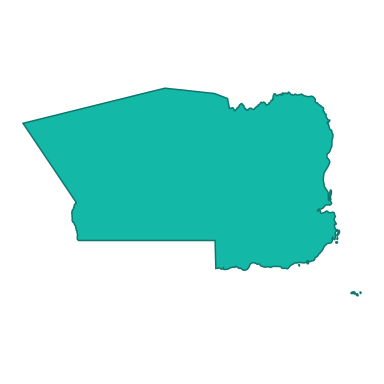 Finschafen District, Morobe, Papua New Guinea (Robinson projection)
{"feature_id": "67681753B17639415447373", "entity_name": "Finschafen District", "entity_type": "district", "adm_level": 2, "iso_a3": "PNG", "parent_name": "Papua New Guinea", "parent_adm1": "Morobe", "projection": "robinson", "projection_center": [147.737, -6.551], "detail": "fine", "context": "isolated", "style": "filled", "palette": "teal", "viewbox_px": 384, "rotation_deg": 0, "n_neighbors": 0, "source": "geoboundaries", "source_scale": "gbopen_adm2", "svg_char_len": 5782}
<svg xmlns="http://www.w3.org/2000/svg" viewBox="0 0 384 384"><path d="M312.8,96.5L311.3,96.2L310.3,96.3L309.2,96.6L308.9,96.9L307.9,96.5L306.9,96.4L306.0,96.3L305.2,95.9L304.1,95.8L302.3,94.5L301.4,94.0L300.7,94.6L299.7,94.6L298.9,94.6L297.9,95.1L297.0,95.1L295.6,94.1L294.7,94.3L293.6,95.3L292.8,95.2L292.1,94.5L291.0,94.6L288.9,92.2L288.3,92.2L288.0,93.3L287.1,93.6L286.0,93.1L285.0,93.2L284.0,93.3L283.7,93.8L282.9,93.0L282.3,93.1L282.0,95.1L281.3,95.1L280.6,94.2L279.1,94.7L277.8,95.2L276.7,95.9L275.5,94.0L274.2,93.8L273.3,95.7L273.1,96.5L273.3,97.1L273.1,98.0L272.7,98.5L272.6,100.1L271.4,100.2L270.8,101.2L270.2,102.2L269.6,103.4L269.1,103.2L269.2,103.8L266.3,105.1L265.6,103.8L265.1,102.9L263.7,102.1L262.6,102.7L261.0,102.3L260.3,103.5L259.3,104.4L258.1,105.1L257.8,106.3L256.6,106.5L256.3,106.7L255.9,107.4L254.6,108.4L254.3,109.2L253.2,109.5L252.3,109.1L251.6,108.4L250.5,108.4L250.0,108.1L249.0,108.7L248.5,109.5L247.9,109.9L247.6,109.7L246.9,110.3L245.6,109.2L245.6,108.6L244.9,108.4L244.4,107.3L244.0,106.8L244.0,106.1L243.4,105.2L242.4,104.9L242.0,103.6L241.2,103.6L240.8,104.0L239.8,104.8L239.1,105.7L239.0,106.7L238.0,107.3L237.1,107.9L236.8,108.7L236.2,109.7L235.6,110.0L235.1,110.8L234.4,110.6L234.0,109.3L233.5,108.7L233.1,108.0L232.4,107.7L231.3,108.2L229.5,108.4L227.5,98.5L214.5,93.5L165.0,88.2L151.4,91.5L23.0,123.3L76.2,202.4L76.1,203.3L75.5,203.3L74.8,204.2L74.3,205.1L74.1,205.9L74.1,206.4L74.2,207.1L73.5,207.8L73.4,209.0L72.2,210.5L72.1,211.7L71.8,212.8L71.9,213.9L72.0,214.9L72.2,215.4L72.0,216.4L72.3,217.3L72.2,219.5L72.2,220.5L72.6,221.9L73.3,222.2L73.6,222.6L74.0,222.7L74.4,224.5L75.2,225.2L75.4,226.0L75.8,227.0L75.7,228.0L76.3,228.9L76.3,230.3L77.3,230.9L76.9,231.9L77.3,233.4L77.6,235.1L77.3,236.4L77.3,237.2L77.3,239.2L78.0,239.8L78.5,240.5L214.8,240.5L215.1,240.6L215.8,268.5L218.0,268.3L218.8,267.9L219.4,267.9L220.5,268.5L221.2,269.2L222.0,269.0L223.3,268.0L223.3,269.0L224.0,269.5L226.5,269.4L227.9,269.1L228.4,268.8L230.4,267.7L231.7,267.5L232.7,267.1L233.7,267.1L234.2,267.4L234.9,267.3L235.8,266.5L236.4,266.4L237.2,267.2L238.4,268.0L239.4,268.4L240.5,268.1L242.7,269.9L243.6,270.2L244.8,270.2L246.2,269.9L247.2,269.3L248.5,267.9L249.1,266.9L250.0,264.5L250.7,263.7L252.7,262.7L253.7,262.7L256.1,263.5L257.0,264.2L257.6,264.3L258.7,263.9L259.4,264.0L260.0,264.7L260.4,265.6L261.0,266.0L264.4,267.1L266.9,267.0L267.9,266.6L268.6,266.6L269.4,267.2L270.1,267.4L271.1,267.3L272.2,266.7L273.7,266.4L279.1,266.5L280.1,266.6L281.0,267.0L281.9,268.2L282.7,268.4L285.9,268.3L286.8,268.8L287.7,268.7L288.3,268.2L290.2,265.8L291.7,264.7L293.2,264.1L295.1,262.7L296.1,263.1L299.1,262.5L300.7,262.5L302.9,262.9L304.4,262.9L305.7,262.5L306.4,262.0L306.9,261.8L307.2,260.9L307.6,260.5L308.2,260.8L308.1,261.7L308.5,262.0L309.5,261.6L310.2,261.6L312.6,260.7L313.2,260.7L314.0,260.3L314.8,259.2L315.0,258.0L315.4,257.5L317.2,256.5L317.9,255.8L318.4,254.7L319.2,253.7L320.0,253.1L322.5,250.0L324.5,246.1L327.4,243.4L330.2,243.1L331.1,242.7L332.0,241.5L332.3,240.8L332.1,238.2L332.6,237.3L333.6,238.9L334.2,239.6L334.6,239.7L335.1,239.1L335.1,237.6L335.7,236.5L335.2,234.5L335.2,233.0L335.7,231.7L336.0,231.3L336.5,231.3L337.5,230.6L337.5,230.0L337.1,229.6L336.3,229.8L335.9,229.6L335.2,228.7L334.5,226.1L334.4,224.7L334.7,224.2L335.4,224.5L335.7,224.5L336.1,224.2L336.3,223.8L334.5,220.8L334.2,220.1L334.2,219.0L334.9,217.2L335.3,216.8L335.4,216.2L334.7,215.4L334.5,214.0L334.2,213.0L333.5,212.3L332.3,212.2L331.3,212.6L329.4,212.6L328.2,212.1L327.4,211.3L326.7,211.0L325.9,211.3L325.3,212.0L323.7,212.7L321.8,213.3L321.1,213.3L320.5,212.7L320.5,211.3L320.2,210.6L319.0,210.5L317.5,211.0L317.8,210.0L319.2,209.0L321.0,209.0L322.2,208.5L323.4,207.7L325.3,205.3L326.0,205.0L328.4,204.8L329.5,205.1L330.5,204.7L331.4,203.8L331.6,203.4L331.5,202.7L330.5,201.0L330.5,200.2L330.9,199.1L330.5,197.8L330.5,196.3L331.2,194.2L331.4,192.9L331.4,190.8L331.2,190.3L330.5,190.1L330.2,190.6L329.8,192.7L330.0,194.3L329.3,196.4L329.4,199.9L329.0,200.5L328.4,199.9L328.3,193.5L328.1,192.4L326.8,190.2L325.0,187.5L324.3,186.3L324.1,183.9L323.4,181.7L323.3,178.9L323.6,175.8L324.1,173.0L324.8,171.9L325.1,171.1L327.0,168.2L328.3,166.0L329.7,162.6L329.7,161.1L328.9,159.7L327.9,158.5L327.0,157.6L326.9,155.1L327.2,153.9L328.5,153.1L329.4,152.2L330.4,150.0L330.7,148.6L331.7,146.7L331.9,145.7L331.9,142.5L332.1,139.5L332.9,137.3L333.0,134.5L332.1,132.8L331.8,130.9L331.4,130.1L330.3,129.6L329.7,129.1L329.1,126.9L328.9,125.5L328.6,124.4L328.1,123.8L327.7,123.8L327.3,123.4L327.3,122.6L327.5,122.1L328.4,122.5L329.5,121.1L329.8,120.7L329.6,120.0L328.4,120.0L327.4,119.1L325.9,116.3L325.9,115.4L326.3,114.9L325.8,114.0L325.3,114.0L324.8,113.6L324.5,113.1L324.5,112.2L323.5,111.1L323.3,109.9L323.6,109.2L323.6,108.2L323.1,107.5L322.1,107.2L321.3,106.1L319.4,105.0L318.6,104.5L317.5,102.9L316.0,102.7L315.3,101.8L315.2,99.2L314.6,98.1L312.8,96.5ZM339.1,233.4L339.5,232.5L339.5,231.3L339.1,230.4L338.5,230.4L338.1,231.4L338.1,232.7L337.0,234.5L336.9,235.3L337.3,235.9L339.1,233.4ZM354.8,292.2L354.3,291.9L352.9,291.9L351.8,292.2L351.3,292.6L351.1,293.3L352.0,293.7L352.9,293.3L353.7,293.3L354.8,294.1L355.2,293.8L355.3,293.4L354.8,292.2ZM357.9,295.8L358.1,295.3L357.5,293.8L356.9,293.8L356.3,294.7L356.4,295.1L357.4,295.8L357.9,295.8ZM337.5,242.6L337.4,241.9L337.1,241.8L336.1,241.8L335.8,242.2L335.8,242.6L336.0,243.0L336.9,243.2L337.5,242.6ZM307.7,263.7L308.1,263.7L308.5,263.1L308.2,262.9L307.4,262.7L307.1,263.3L307.4,263.7L307.7,263.7ZM360.7,293.4L361.0,293.1L361.0,292.4L360.5,292.0L360.1,292.1L360.1,292.8L360.5,293.4L360.7,293.4ZM337.6,239.1L337.7,238.4L337.6,237.8L337.0,238.0L337.0,239.3L337.3,239.4L337.6,239.1ZM299.5,265.6L299.5,265.0L299.1,264.5L298.8,264.6L298.8,264.9L298.9,265.6L299.3,265.9L299.5,265.6Z" fill="#14b8a6" stroke="#0f766e" stroke-width="1.5"/></svg>